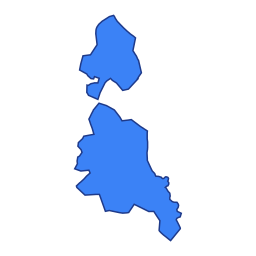 Emuoha, Rivers, Nigeria
{"feature_id": "59680162B36304665045822", "entity_name": "Emuoha", "entity_type": "district", "adm_level": 2, "iso_a3": "NGA", "parent_name": "Nigeria", "parent_adm1": "Rivers", "projection": "orthographic", "projection_center": [6.794, 5.034], "detail": "fine", "context": "isolated", "style": "filled", "palette": "blue", "viewbox_px": 256, "rotation_deg": 0, "n_neighbors": 0, "source": "geoboundaries", "source_scale": "gbopen_adm2", "svg_char_len": 2237}
<svg xmlns="http://www.w3.org/2000/svg" viewBox="0 0 256 256"><path d="M180.3,228.7L180.2,227.8L179.2,225.6L177.2,221.6L176.2,219.8L176.8,218.4L178.3,217.5L180.2,216.9L181.3,213.3L177.3,211.4L176.8,209.5L178.1,207.5L178.6,205.5L178.3,204.2L177.0,202.3L173.9,202.2L172.1,201.5L169.8,199.4L169.8,197.2L170.2,196.1L169.8,193.2L168.1,191.4L165.9,187.7L165.3,187.4L166.6,186.2L167.9,185.8L168.8,184.0L168.7,182.5L167.7,181.2L168.3,179.9L168.3,179.7L168.5,178.4L167.9,177.4L166.7,176.9L165.4,176.9L163.7,178.5L162.7,178.6L161.8,178.0L161.4,177.3L159.6,176.7L158.6,176.4L155.8,176.2L155.3,175.1L154.7,173.5L152.2,170.9L150.6,167.6L148.5,163.0L147.3,160.4L147.3,160.2L147.3,158.4L147.2,156.9L147.0,152.7L147.5,149.2L147.5,148.6L147.6,147.9L147.6,141.9L147.2,138.8L147.2,134.7L147.2,132.8L147.4,131.0L140.3,126.4L131.3,119.6L128.1,120.1L122.0,120.8L119.8,117.0L114.4,110.0L106.5,105.6L99.0,103.2L93.3,110.1L93.1,110.8L91.5,113.8L90.1,116.8L88.9,119.1L89.6,121.0L90.7,124.4L92.2,128.3L93.9,134.3L83.8,136.2L82.6,138.6L78.4,142.6L78.2,144.2L77.9,146.2L81.1,149.7L82.0,152.4L79.5,156.1L77.7,157.1L77.7,157.5L77.1,161.0L77.4,163.8L74.7,168.8L78.3,170.1L80.8,171.0L88.9,170.2L90.1,173.0L86.5,176.2L84.1,178.9L82.6,180.3L80.3,182.4L79.6,182.9L76.4,186.0L76.9,187.5L85.0,195.1L95.9,194.4L99.4,194.4L105.4,211.3L109.3,210.5L119.3,212.6L122.6,213.1L122.9,213.1L124.6,213.0L127.2,212.8L128.7,212.5L134.2,204.3L148.8,211.5L153.8,211.4L156.7,215.9L159.9,220.7L159.1,230.3L159.5,231.1L161.2,232.9L163.3,234.8L169.8,240.0L170.6,240.6L180.3,228.7ZM97.9,99.4L100.1,92.7L105.0,82.9L106.7,81.0L110.5,78.4L112.3,80.3L114.3,81.6L116.5,83.0L122.7,90.4L128.4,89.1L137.8,79.0L137.4,78.9L138.9,76.4L141.4,72.8L138.5,60.3L137.8,59.4L136.4,56.1L134.8,53.7L133.4,51.4L132.9,50.7L135.5,37.9L133.4,36.1L130.4,34.0L126.7,30.8L126.2,30.3L123.5,27.8L120.0,24.2L118.6,22.7L117.3,21.4L115.3,18.3L114.5,16.6L113.6,15.4L109.4,16.6L102.2,21.2L98.8,24.3L97.1,26.8L96.4,28.4L96.0,30.0L95.8,33.7L95.9,34.5L97.1,44.7L94.2,49.1L90.5,54.8L83.0,55.8L80.8,63.8L79.6,70.0L86.8,74.0L87.8,75.7L91.0,78.6L93.6,78.9L94.5,76.6L99.2,78.3L97.9,82.9L94.2,82.9L93.7,83.1L90.9,83.7L88.2,85.4L87.0,85.1L86.8,92.4L87.8,94.0L88.5,95.3L97.9,99.4Z" fill="#3b82f6" stroke="#1e3a8a" stroke-width="1.5"/></svg>